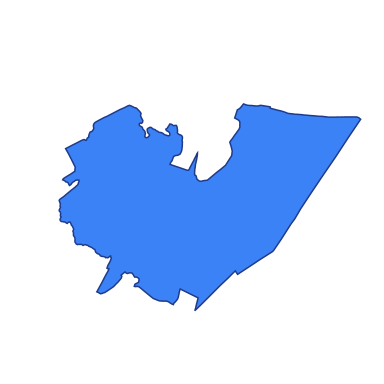 Limuru, Central, Kenya (Natural Earth projection), rotated 200°
{"feature_id": "3690345B52223496040180", "entity_name": "Limuru", "entity_type": "district", "adm_level": 2, "iso_a3": "KEN", "parent_name": "Kenya", "parent_adm1": "Central", "projection": "natural_earth1", "projection_center": [36.657, -1.145], "detail": "fine", "context": "isolated", "style": "filled", "palette": "blue", "viewbox_px": 384, "rotation_deg": 200, "n_neighbors": 0, "source": "geoboundaries", "source_scale": "gbopen_adm2", "svg_char_len": 6050}
<svg xmlns="http://www.w3.org/2000/svg" viewBox="0 0 384 384"><g transform="rotate(200 192 192)"><path d="M245.0,81.6L245.7,76.0L247.3,65.6L245.8,65.6L244.3,65.2L243.0,65.1L241.8,65.9L240.5,67.1L239.5,67.7L238.9,68.7L238.0,69.7L233.5,76.0L233.0,76.9L232.5,78.2L231.9,79.6L231.3,80.8L230.8,81.8L230.4,82.8L230.1,83.8L229.3,85.8L229.0,86.9L229.1,88.8L230.2,89.6L227.6,94.0L226.1,93.3L224.8,93.3L223.6,94.2L222.7,94.9L221.5,95.1L220.6,95.3L219.7,94.7L218.8,94.2L218.1,93.4L216.7,92.4L215.4,93.0L214.0,93.0L212.9,92.7L212.0,92.2L211.7,91.1L211.5,90.0L211.4,88.9L212.2,87.8L213.2,86.9L214.1,85.8L214.0,83.6L212.8,83.7L211.7,84.3L210.5,84.7L209.1,84.7L201.0,81.8L194.7,79.6L193.5,79.2L191.9,78.7L185.8,78.5L184.0,78.9L182.4,79.4L180.6,80.0L179.2,80.6L177.6,80.8L176.1,80.7L174.4,80.2L172.9,79.9L171.0,79.8L171.0,81.3L170.4,82.4L169.9,83.5L169.5,84.8L169.0,86.2L168.9,87.9L169.0,89.1L169.2,90.1L169.3,91.2L169.5,92.3L169.8,94.4L169.9,95.5L169.9,96.8L150.1,94.6L149.9,93.3L149.3,87.1L148.9,84.5L148.8,81.4L146.4,86.2L143.5,92.3L136.8,106.7L134.0,112.8L128.5,123.8L126.4,128.4L124.3,132.7L123.2,131.8L121.0,130.2L116.0,136.9L110.5,144.3L105.5,151.1L99.2,159.3L96.5,162.8L95.8,163.8L95.3,165.0L91.9,178.5L88.0,196.0L86.2,202.1L84.0,214.0L79.5,232.8L74.2,254.1L69.0,274.3L63.8,296.4L58.4,318.0L60.5,318.8L62.6,318.9L64.2,318.4L72.3,315.4L73.2,315.1L78.9,312.9L81.2,312.1L83.3,311.2L86.4,310.1L89.3,309.0L92.2,308.4L95.9,307.5L96.8,307.2L97.8,306.8L101.3,305.9L108.5,303.9L111.3,303.2L113.6,302.5L114.6,302.4L117.2,301.7L120.6,300.7L121.7,300.3L123.4,300.0L127.0,299.1L128.9,298.7L131.9,298.8L134.3,298.7L136.3,298.6L139.3,298.2L141.4,298.0L143.0,297.9L144.2,297.7L146.4,297.6L147.2,297.5L147.6,298.7L148.7,298.6L151.6,298.0L154.5,297.5L155.7,297.2L156.6,297.1L157.9,296.5L158.8,295.8L159.9,295.2L161.4,294.7L163.0,294.3L164.5,293.9L165.5,293.7L167.2,293.1L168.6,292.7L170.3,292.4L171.7,292.4L172.7,292.4L173.7,292.4L175.3,287.7L176.1,286.4L176.8,285.4L177.5,284.7L177.3,280.2L177.2,276.1L173.6,275.6L172.3,275.2L171.2,274.4L170.7,273.4L170.3,272.4L169.9,271.0L169.4,269.9L169.2,268.9L169.3,266.8L169.8,265.3L170.2,263.8L170.7,262.0L171.5,259.4L172.1,256.9L172.4,255.9L172.8,254.6L173.3,253.1L173.5,251.7L172.9,250.9L171.6,249.3L169.7,246.6L168.1,244.0L167.8,242.5L167.3,240.6L167.2,239.3L168.4,234.1L169.6,228.6L172.6,223.5L176.2,217.7L178.6,213.5L181.6,208.3L182.5,207.9L183.7,207.3L184.7,206.8L186.8,205.4L187.9,205.0L188.9,204.8L190.2,205.2L191.5,205.6L192.5,206.8L193.3,208.0L194.0,208.8L195.4,209.0L196.4,211.8L196.9,213.5L197.2,214.8L197.5,216.5L197.9,217.9L198.2,219.7L198.7,223.8L199.1,225.8L199.5,228.3L200.2,230.5L200.5,229.5L200.5,228.2L200.6,226.9L201.0,224.3L201.2,221.8L201.5,220.0L201.7,218.3L201.9,216.8L202.1,215.4L202.3,213.9L202.4,212.3L202.8,211.2L204.1,210.8L222.1,210.4L222.1,212.3L221.8,213.6L221.4,214.6L221.5,216.2L221.4,219.2L220.2,220.4L219.1,221.1L218.2,221.5L217.2,222.3L216.1,223.7L215.8,227.1L216.7,231.4L217.1,232.6L217.7,234.3L218.1,235.8L218.9,236.9L219.3,238.9L219.7,240.3L220.7,241.3L221.6,241.6L222.5,241.7L223.4,241.6L224.3,241.8L225.3,242.1L226.2,242.9L226.4,244.3L227.0,245.6L227.6,246.7L228.4,248.2L229.5,249.2L230.7,248.8L231.5,248.3L232.5,248.0L233.8,248.5L235.0,248.6L236.2,248.2L236.4,246.3L236.8,245.1L237.0,243.9L237.3,243.0L238.1,242.1L237.2,241.1L236.1,240.8L234.8,240.7L233.6,240.2L232.5,238.8L232.4,237.6L233.4,236.7L234.6,236.6L235.6,236.6L236.6,236.4L238.0,236.6L238.9,237.0L240.1,237.3L241.3,237.3L242.3,237.1L243.8,236.8L245.1,237.4L246.4,237.3L247.3,237.7L248.2,238.0L249.2,237.9L250.1,237.9L251.1,238.2L252.2,238.7L253.7,238.4L254.5,237.5L255.1,236.8L255.6,235.7L254.9,234.1L254.1,233.0L253.2,232.2L251.3,231.2L251.6,229.6L252.3,228.2L253.6,227.3L255.3,227.8L255.6,229.5L255.8,231.1L257.1,232.9L258.3,233.6L259.8,234.4L260.5,235.4L261.5,236.1L263.2,236.2L264.5,236.9L264.8,238.3L264.0,239.2L262.8,239.3L262.3,240.7L262.6,242.3L263.5,243.2L264.5,244.0L265.4,245.0L266.4,245.9L266.6,247.4L266.8,248.5L267.8,249.2L269.1,250.0L271.8,251.3L272.8,251.8L273.9,251.8L275.1,251.6L276.1,251.8L277.3,251.9L279.0,252.1L280.5,252.0L281.7,251.0L284.5,248.0L288.0,244.7L297.9,233.9L299.9,232.1L303.8,227.8L305.8,225.5L306.7,224.4L307.2,223.5L307.5,222.5L307.5,221.0L307.1,220.0L306.6,219.1L306.0,218.0L306.1,216.9L306.4,215.8L306.8,214.6L307.6,214.1L308.3,213.4L308.4,211.0L308.3,210.0L307.9,208.1L308.8,207.0L309.0,204.5L309.9,204.1L310.7,204.5L311.7,204.2L312.5,203.5L313.2,202.9L314.8,201.2L317.9,197.8L319.3,196.4L325.0,190.2L325.6,189.5L323.6,187.8L321.0,185.6L316.6,181.5L310.2,175.4L310.0,174.3L309.6,172.7L309.1,171.6L312.0,167.5L316.2,162.3L317.4,160.6L317.7,159.2L316.6,159.1L315.3,159.0L314.0,158.3L312.9,158.6L311.8,158.4L310.2,156.9L309.4,156.2L308.4,157.4L307.8,159.5L307.3,160.5L306.1,161.9L305.4,163.2L303.7,164.1L302.4,164.5L301.8,163.5L301.9,162.0L301.7,160.0L303.7,156.2L305.7,153.0L308.1,148.9L310.0,145.6L311.0,143.8L312.5,141.7L313.6,140.0L314.0,138.8L313.4,138.0L312.7,137.0L311.7,136.1L311.4,134.7L311.1,133.5L310.3,132.7L310.5,131.2L310.6,129.5L310.1,128.6L309.0,128.2L308.1,126.9L307.7,125.1L307.2,124.2L306.4,123.8L306.6,122.6L306.7,121.2L305.8,119.9L304.5,119.6L303.4,119.9L302.4,120.0L301.5,120.4L300.2,120.0L298.5,119.8L297.8,121.2L297.0,121.9L296.1,121.9L295.2,121.1L294.2,119.8L293.1,119.2L292.2,118.4L290.5,116.8L290.5,115.6L290.5,114.4L289.5,113.3L288.9,111.5L288.3,110.3L287.3,109.8L286.5,109.0L285.8,107.7L285.4,106.4L284.9,105.0L283.8,104.2L282.9,103.5L281.6,103.4L280.5,104.1L279.3,104.4L278.1,105.0L277.0,104.8L276.1,104.5L275.3,105.4L274.3,106.1L273.1,106.0L271.6,106.2L270.4,105.7L269.1,105.7L267.8,105.6L266.9,105.5L266.0,105.2L265.1,104.9L263.7,104.7L262.8,103.8L262.2,102.7L261.1,102.2L259.7,101.7L258.4,101.8L257.2,101.4L256.3,100.7L255.1,100.6L253.9,100.9L252.8,101.1L251.6,101.2L250.6,100.7L249.6,101.3L248.5,101.4L247.9,102.4L247.3,103.4L246.6,104.0L246.1,103.0L245.2,102.4L245.2,100.6L245.2,99.1L245.4,97.5L245.9,94.4L245.9,91.3L245.0,91.1L244.0,91.5L243.7,90.3L243.9,88.8L244.1,87.5L244.4,85.9L245.0,81.6Z" fill="#3b82f6" stroke="#1e3a8a" stroke-width="1.5"/></g></svg>